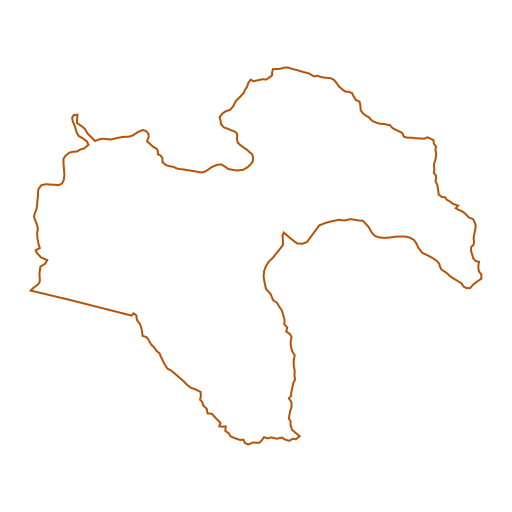 Corumbá de Goiás, Goiás, Brazil
{"feature_id": "56859067B32430674768714", "entity_name": "Corumbá de Goiás", "entity_type": "district", "adm_level": 2, "iso_a3": "BRA", "parent_name": "Brazil", "parent_adm1": "Goiás", "projection": "mercator", "projection_center": [-48.655, -15.953], "detail": "fine", "context": "isolated", "style": "outline", "palette": "amber", "viewbox_px": 512, "rotation_deg": 0, "n_neighbors": 0, "source": "geoboundaries", "source_scale": "gbopen_adm2", "svg_char_len": 4772}
<svg xmlns="http://www.w3.org/2000/svg" viewBox="0 0 512 512"><path d="M299.6,436.2L295.5,432.8L292.0,429.7L290.5,424.8L290.6,421.5L288.9,418.5L289.4,415.0L290.0,411.8L291.6,406.5L291.4,402.1L288.9,398.4L291.1,395.6L291.3,392.2L292.0,389.5L292.5,386.6L293.3,383.0L295.0,379.7L294.5,375.1L294.7,371.0L293.7,365.1L293.7,360.9L294.7,355.3L292.3,351.3L291.2,347.7L290.7,344.4L290.7,340.9L291.6,337.2L290.0,334.1L286.2,331.5L287.3,327.6L284.3,324.2L284.6,319.9L283.2,314.9L281.9,310.6L279.2,306.6L277.0,302.8L273.1,300.1L270.7,294.2L266.0,289.0L264.6,282.6L263.6,276.9L264.1,271.0L266.0,266.0L269.1,261.3L273.3,257.3L276.4,253.2L278.7,250.6L283.0,244.9L282.9,239.5L282.5,235.7L283.8,232.6L290.3,238.2L297.0,243.4L302.5,243.8L307.1,241.9L319.3,225.3L325.6,222.9L331.2,221.4L338.9,219.8L344.4,220.5L350.9,219.1L357.5,220.3L362.9,220.8L368.5,226.8L371.9,232.8L374.8,235.8L378.6,237.3L383.9,237.9L389.2,237.6L396.0,236.6L401.1,236.6L404.4,236.4L409.9,237.6L414.0,240.0L416.4,243.5L418.1,247.4L420.7,250.9L422.7,253.1L427.0,255.0L431.9,257.6L435.1,259.7L437.2,261.3L439.4,264.1L440.1,267.1L441.6,269.6L446.8,273.1L450.0,276.1L453.5,278.5L456.8,280.4L461.4,283.3L463.6,286.6L466.8,288.2L470.1,288.1L472.9,284.9L477.0,281.6L481.3,278.8L481.3,274.3L479.0,271.5L478.3,267.6L478.5,264.7L479.0,261.8L475.8,261.1L473.3,258.5L471.0,250.7L471.2,246.9L473.5,244.9L474.0,241.7L473.6,238.1L474.2,234.7L475.8,226.2L474.6,222.2L473.0,219.1L468.6,217.3L465.3,213.6L461.4,211.0L458.5,209.8L455.8,208.2L458.1,205.6L453.3,204.0L449.3,201.1L446.7,199.7L445.0,197.2L442.2,197.1L438.7,194.7L438.4,191.6L437.9,188.8L437.3,184.7L435.5,181.4L436.0,178.4L435.9,175.4L433.9,173.1L434.3,169.4L433.9,164.1L435.2,160.6L435.8,157.7L436.2,153.5L435.4,149.6L436.1,146.7L433.8,143.7L433.5,140.1L427.5,137.3L424.6,138.6L421.8,138.6L418.1,138.3L415.0,138.3L411.5,137.7L407.2,137.7L403.8,136.6L402.3,133.0L399.0,131.3L394.6,129.2L392.2,127.8L389.8,125.0L387.2,124.8L384.4,124.0L380.1,123.8L376.0,122.5L373.0,121.3L370.7,119.4L369.0,117.3L366.4,116.0L362.9,113.3L360.7,110.2L360.3,105.0L359.6,101.7L355.8,99.9L353.3,95.9L352.2,93.2L348.5,91.7L345.4,91.7L342.4,89.4L339.1,86.7L337.0,83.6L334.0,79.9L330.9,78.3L328.0,77.9L325.2,77.7L321.7,77.2L317.0,75.7L314.2,76.5L308.8,73.4L304.5,72.3L300.6,71.2L296.5,70.0L292.1,68.9L288.3,67.6L285.1,67.5L280.0,68.8L276.0,69.1L272.9,69.1L272.1,72.6L272.2,75.3L268.7,77.9L266.1,79.6L263.2,79.2L259.3,79.9L256.2,80.6L253.3,81.2L250.8,79.6L248.3,82.9L247.0,87.0L244.9,90.0L243.8,92.8L239.3,97.7L237.0,99.8L235.2,102.1L233.4,106.0L230.1,109.9L225.7,111.3L222.4,113.5L219.6,117.2L220.6,120.7L221.1,124.4L223.9,127.4L228.5,129.0L231.4,130.4L234.7,131.5L236.7,133.2L237.3,135.8L236.9,138.9L237.7,142.5L240.2,145.0L244.5,148.1L246.9,149.7L249.7,152.3L251.9,154.0L253.0,156.9L252.9,161.0L251.5,163.3L249.3,165.7L247.2,167.5L243.2,169.8L237.0,170.5L228.4,169.1L224.5,166.3L221.3,164.4L217.2,164.8L211.9,167.0L208.3,169.5L204.9,171.7L201.4,172.5L196.5,171.6L187.2,170.1L183.2,169.4L179.4,169.1L176.8,168.5L173.6,166.9L169.6,166.2L166.0,165.1L162.5,162.2L162.4,158.0L160.5,155.5L157.9,154.3L157.9,151.5L156.8,148.9L153.0,146.7L149.9,143.8L147.0,141.3L148.7,137.1L148.3,133.4L145.8,130.9L142.8,130.1L138.3,131.8L132.8,135.4L129.3,136.6L122.3,137.0L116.6,138.1L110.8,139.5L107.1,139.1L104.0,138.8L101.0,138.9L98.0,139.8L95.0,141.0L91.2,137.1L87.3,133.2L85.2,129.3L82.9,127.1L80.7,125.6L76.9,122.9L77.4,114.7L73.8,115.1L72.1,117.9L72.9,121.8L74.1,124.3L75.2,127.4L76.1,130.5L77.0,133.2L78.8,136.1L82.2,137.9L86.9,141.4L88.5,144.8L84.0,148.5L80.6,149.4L77.0,151.5L72.4,151.8L69.3,152.7L67.3,154.3L65.3,156.1L63.5,158.7L63.5,163.7L64.4,174.4L63.9,179.5L62.2,183.3L58.8,185.2L53.6,184.7L48.8,184.5L46.0,184.2L41.3,185.2L38.3,189.4L38.0,193.9L37.9,196.7L37.4,200.7L37.0,205.6L36.4,209.5L35.1,212.3L34.0,216.6L35.1,220.0L37.0,224.7L37.9,229.1L37.1,233.0L37.4,237.6L38.6,244.4L39.8,248.1L35.7,250.2L36.8,252.9L41.0,257.4L44.3,258.8L47.2,260.1L45.1,263.8L40.4,266.6L39.4,274.2L39.8,278.9L39.7,281.8L38.0,284.4L32.7,288.5L30.7,290.6L73.0,300.7L90.2,305.1L131.6,315.6L133.6,313.3L136.3,315.3L136.9,319.8L140.0,324.2L141.2,327.2L142.2,332.4L142.5,335.8L146.7,337.3L148.6,340.0L151.1,344.5L154.0,347.2L156.7,351.1L159.5,353.2L160.5,355.9L164.6,364.2L167.3,368.5L171.3,370.7L174.2,373.1L181.3,379.2L183.8,381.4L186.7,384.5L190.3,387.5L195.8,389.5L200.5,391.9L200.9,395.6L200.1,399.7L202.2,401.9L203.2,405.4L206.7,408.8L207.6,413.4L211.9,413.8L214.9,417.2L220.5,422.9L219.3,426.3L222.4,426.7L225.7,426.4L225.3,430.9L228.4,433.0L230.7,436.4L235.9,438.6L240.4,440.0L243.4,439.6L244.8,442.8L248.2,444.5L253.0,442.5L259.2,442.8L261.2,441.1L264.0,437.2L267.7,438.4L271.3,437.4L276.6,438.7L282.0,437.6L284.6,439.4L289.3,440.8L292.8,438.7L295.8,439.3L299.6,436.2Z" fill="none" stroke="#b45309" stroke-width="2"/></svg>